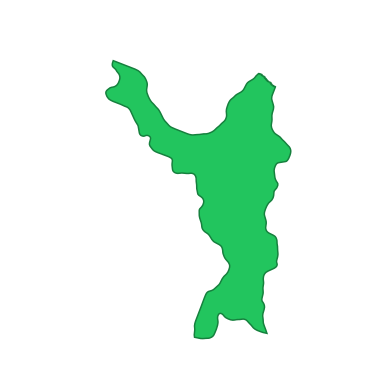 outline of Estebania, Azua, Dominican Republic, rotated 201°
{"feature_id": "3306468B97025454858192", "entity_name": "Estebania", "entity_type": "district", "adm_level": 2, "iso_a3": "DOM", "parent_name": "Dominican Republic", "parent_adm1": "Azua", "projection": "mercator", "projection_center": [-70.626, 18.542], "detail": "fine", "context": "isolated", "style": "filled", "palette": "green", "viewbox_px": 384, "rotation_deg": 201, "n_neighbors": 0, "source": "geoboundaries", "source_scale": "gbopen_adm2", "svg_char_len": 5818}
<svg xmlns="http://www.w3.org/2000/svg" viewBox="0 0 384 384"><g transform="rotate(201 192 192)"><path d="M151.8,319.9L152.3,319.9L152.3,320.2L153.4,320.2L153.4,319.9L153.7,319.9L153.7,320.2L154.3,320.2L154.3,320.5L155.8,320.5L155.8,320.8L156.4,320.8L156.4,321.1L156.7,321.1L156.7,321.4L157.3,321.4L157.3,321.7L157.6,321.7L157.6,322.0L157.9,322.0L157.9,322.4L160.8,322.4L160.8,322.7L161.4,322.7L161.4,323.0L162.0,323.0L162.0,323.3L162.6,323.3L162.6,323.6L163.2,323.6L163.2,323.9L163.4,323.9L163.4,324.2L164.3,324.2L164.3,324.5L164.9,324.5L164.9,324.8L165.2,324.8L165.2,325.1L165.5,325.1L165.5,325.5L166.7,325.5L166.7,325.8L168.5,325.8L168.5,326.1L169.0,326.1L169.0,326.7L171.1,326.7L171.1,326.4L172.3,326.4L173.8,323.3L174.4,321.2L175.0,319.9L175.9,318.6L178.3,315.6L179.1,314.3L179.4,313.6L179.8,312.2L180.4,307.0L180.7,305.5L181.0,304.8L181.3,304.1L182.1,302.8L185.1,299.2L185.9,298.0L187.1,295.3L188.8,292.3L189.3,291.0L189.6,289.5L189.8,287.2L189.7,284.1L189.5,281.8L188.9,279.6L187.4,276.5L186.9,275.2L186.7,273.7L186.7,272.2L186.9,270.8L187.4,269.4L189.0,266.4L190.1,263.7L191.8,260.7L193.0,258.1L193.7,256.8L195.1,255.0L197.4,252.8L199.3,251.5L202.0,250.4L205.6,248.4L208.3,247.2L211.3,245.7L212.7,245.2L215.1,244.8L217.6,244.7L230.2,244.8L234.3,245.0L235.9,245.3L237.3,245.8L240.4,247.4L243.0,248.7L245.0,250.1L250.4,255.1L252.3,256.6L253.6,257.4L256.2,258.6L259.2,260.2L261.9,261.4L263.3,262.3L265.2,263.8L267.0,265.5L268.6,267.3L269.7,268.6L270.5,270.0L271.1,271.4L271.9,275.0L272.3,276.4L273.0,277.7L274.0,279.0L275.6,280.7L277.4,282.2L278.1,282.6L280.7,283.8L283.8,285.4L285.2,285.8L286.0,286.0L289.2,286.3L312.6,286.4L312.5,284.3L312.3,282.9L311.8,281.7L311.5,281.2L310.5,280.4L307.2,279.1L305.4,277.7L302.7,276.1L301.7,275.2L300.9,274.1L300.2,272.7L300.0,271.9L299.8,270.2L299.8,267.7L300.1,266.1L300.6,264.6L301.4,263.4L302.3,262.4L303.3,261.7L304.9,260.7L305.9,259.8L307.5,257.2L308.0,256.1L308.1,255.5L308.2,254.9L308.1,254.2L307.9,253.5L307.1,252.3L305.6,250.7L304.3,249.8L302.9,249.0L302.1,248.8L300.4,248.5L297.9,248.3L290.1,248.3L285.8,248.0L283.3,248.0L282.0,247.8L280.6,247.2L279.2,246.4L278.0,245.3L272.0,239.4L270.1,237.7L266.2,234.7L265.5,233.6L262.2,228.1L261.3,227.2L260.2,226.6L259.5,226.5L258.3,226.5L257.1,226.8L256.6,227.1L255.1,228.4L254.1,228.8L252.9,229.0L252.2,228.9L251.0,228.5L250.5,228.1L250.1,227.6L249.8,227.0L249.6,225.6L249.3,222.8L248.9,221.4L248.5,220.8L247.6,219.8L244.9,218.1L243.7,217.4L242.3,216.9L240.6,216.6L238.1,216.5L226.4,216.6L224.1,216.3L222.8,215.8L222.2,215.3L221.5,214.2L220.7,211.1L220.2,209.8L218.4,206.3L217.7,205.3L217.2,204.8L216.0,204.2L215.4,204.0L214.0,203.9L212.6,204.1L211.9,204.3L208.3,206.1L206.9,206.5L203.3,207.5L202.0,208.0L200.3,208.9L199.0,209.4L197.6,209.5L196.9,209.5L195.6,209.0L194.5,208.2L193.6,207.1L193.2,206.6L191.8,203.3L190.2,200.3L188.8,196.9L186.0,192.4L185.6,192.0L184.4,191.4L181.9,190.8L180.5,190.3L179.9,190.0L178.9,189.2L178.0,188.1L177.7,187.5L177.3,186.0L177.2,183.9L177.6,181.8L178.7,179.0L178.8,178.4L178.6,177.2L176.9,172.9L176.2,171.6L175.4,170.4L172.4,166.7L171.5,165.3L170.2,162.8L169.4,161.7L168.4,160.8L167.2,160.1L165.8,159.5L162.4,158.7L161.0,158.1L159.7,157.3L156.6,154.9L154.6,153.8L153.9,153.5L152.3,153.2L147.5,152.6L145.9,152.1L145.3,151.8L144.2,151.0L143.3,149.9L142.6,148.8L141.3,146.2L140.4,145.0L138.8,143.2L137.7,142.2L136.4,141.3L132.7,139.3L131.2,137.9L130.4,136.7L129.9,135.1L129.7,132.7L129.8,130.2L130.4,127.8L131.9,124.7L132.3,123.3L132.7,121.7L133.2,116.8L133.6,115.2L136.4,109.6L137.1,108.4L138.4,107.0L140.9,105.1L141.3,104.6L141.7,104.0L142.2,102.7L142.4,101.1L142.5,97.8L142.4,87.5L142.4,75.4L142.4,72.8L142.2,70.3L141.7,67.9L140.2,64.8L139.8,63.5L138.7,59.4L137.6,57.3L131.5,58.3L129.4,59.0L126.3,60.5L124.4,61.3L123.2,62.0L121.7,63.5L120.9,64.7L120.4,66.2L120.2,68.6L120.1,72.7L120.4,76.8L120.9,79.2L121.4,80.5L123.0,83.5L123.5,85.5L123.4,86.8L123.3,87.4L123.0,88.0L122.6,88.5L122.0,88.9L121.4,89.0L120.1,88.9L119.0,88.5L116.9,87.3L115.4,86.8L112.9,86.5L110.4,86.5L108.8,86.8L108.0,87.0L106.7,87.6L104.3,89.0L101.7,90.1L99.3,91.4L98.1,91.9L96.7,92.0L96.0,92.0L94.6,91.6L91.7,90.1L89.1,88.9L86.1,87.2L84.6,86.7L83.8,86.5L81.4,86.2L78.0,86.2L75.4,86.3L71.4,86.9L73.8,89.8L77.0,93.4L78.4,95.2L79.1,96.6L80.0,98.6L81.6,101.6L82.2,103.8L82.6,108.2L83.0,110.4L83.6,111.7L84.4,112.8L85.3,113.7L87.3,115.2L87.7,115.6L88.3,116.7L88.6,118.0L89.2,122.4L89.6,123.8L91.3,127.6L91.7,129.0L92.3,131.9L92.8,133.3L94.3,136.3L94.7,137.7L95.0,139.2L95.0,140.7L94.7,142.2L94.1,143.6L92.6,145.5L88.1,150.1L87.2,151.3L86.5,152.6L86.4,153.2L86.4,154.5L86.9,155.5L87.8,156.7L88.3,157.8L88.5,159.1L88.8,162.0L89.3,164.2L89.8,165.5L91.3,168.6L92.7,171.9L94.1,174.3L95.2,176.9L96.0,178.1L96.9,179.1L97.4,179.6L98.6,180.3L99.3,180.5L100.8,180.8L105.2,181.2L106.6,181.5L107.9,182.0L109.0,182.9L109.9,184.0L110.5,185.2L111.5,189.4L112.1,190.8L112.9,192.1L115.7,195.8L116.5,197.1L117.0,198.7L117.2,200.3L117.3,202.8L117.2,205.3L117.0,206.9L116.5,209.2L114.7,212.9L114.3,215.1L114.3,216.5L114.5,218.0L115.4,221.0L115.6,222.1L115.4,223.2L114.8,224.9L114.4,226.1L114.3,227.5L114.3,228.9L114.7,230.1L115.0,230.7L115.5,231.1L117.5,232.6L118.4,233.5L119.3,234.5L120.0,235.6L123.0,241.3L123.5,243.5L123.6,245.7L123.4,247.9L122.9,249.1L122.5,249.7L121.5,250.5L115.5,254.0L115.0,254.4L114.6,255.0L114.3,255.7L114.1,256.4L113.8,257.9L113.7,261.1L113.9,263.6L114.3,265.2L114.6,265.9L114.9,266.5L115.8,267.7L116.8,268.6L117.4,269.0L120.6,270.5L123.7,272.1L126.4,273.2L129.4,274.8L130.8,275.2L135.1,276.2L136.5,276.8L138.4,278.2L139.5,279.2L140.6,280.4L141.4,281.7L141.8,282.4L142.2,283.8L142.8,286.7L143.2,288.1L144.8,291.9L145.3,294.1L145.7,298.6L146.3,300.8L146.7,301.5L147.5,302.7L150.3,306.4L151.1,307.7L151.3,308.4L151.7,309.9L151.8,311.4L151.8,316.9L151.8,319.9Z" fill="#22c55e" stroke="#15803d" stroke-width="1.5"/></g></svg>